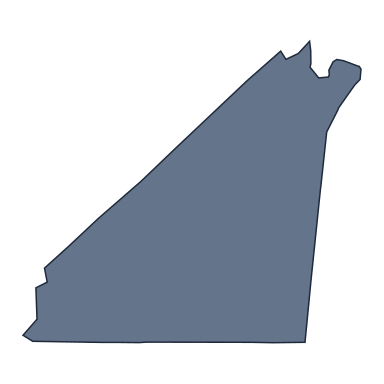 outline of Suffolk, Virginia, United States of America
{"feature_id": "52423323B25569178497638", "entity_name": "Suffolk", "entity_type": "district", "adm_level": 2, "iso_a3": "USA", "parent_name": "United States of America", "parent_adm1": "Virginia", "projection": "natural_earth1", "projection_center": [-76.578, 36.74], "detail": "fine", "context": "isolated", "style": "filled", "palette": "slate", "viewbox_px": 384, "rotation_deg": 0, "n_neighbors": 0, "source": "geoboundaries", "source_scale": "gbopen_adm2", "svg_char_len": 712}
<svg xmlns="http://www.w3.org/2000/svg" viewBox="0 0 384 384"><path d="M44.5,268.1L47.2,282.1L35.9,287.8L37.0,319.2L23.0,335.3L32.7,341.3L102.5,342.4L119.0,342.4L139.3,342.6L146.6,342.1L251.1,342.3L262.3,342.5L272.7,342.7L272.8,342.7L305.0,342.3L311.0,280.4L320.7,186.8L320.8,186.7L322.9,167.4L326.7,132.1L327.5,130.4L337.4,110.9L338.8,107.6L350.4,91.1L354.9,84.8L360.1,79.4L361.0,69.1L359.1,66.3L358.7,66.4L348.6,62.6L343.5,60.7L336.8,59.5L333.1,61.8L328.9,70.1L329.3,74.7L328.4,77.0L318.7,77.9L313.1,71.0L310.1,67.3L310.9,63.5L310.7,50.5L309.6,41.3L298.3,53.5L285.9,59.3L280.7,51.1L247.1,80.7L177.0,146.9L140.7,181.6L98.4,218.4L68.0,246.9L44.5,268.1Z" fill="#64748b" stroke="#1e293b" stroke-width="1.5"/></svg>